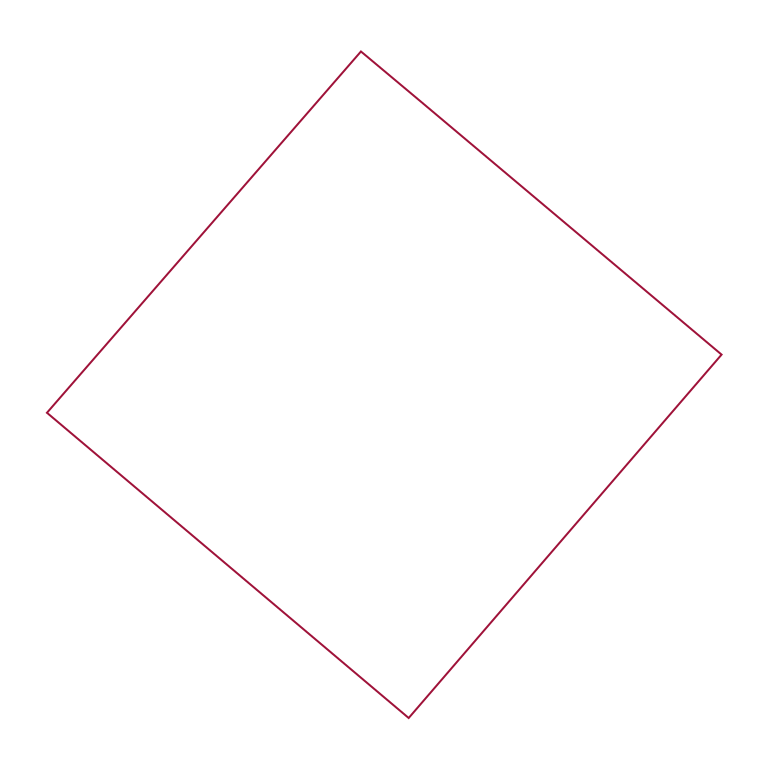 Howard, Texas, United States of America, rotated 220°
{"feature_id": "52423323B44641171264537", "entity_name": "Howard", "entity_type": "district", "adm_level": 2, "iso_a3": "USA", "parent_name": "United States of America", "parent_adm1": "Texas", "projection": "robinson", "projection_center": [-101.45, 32.306], "detail": "fine", "context": "isolated", "style": "outline", "palette": "rose", "viewbox_px": 768, "rotation_deg": 220, "n_neighbors": 0, "source": "geoboundaries", "source_scale": "gbopen_adm2", "svg_char_len": 238}
<svg xmlns="http://www.w3.org/2000/svg" viewBox="0 0 768 768"><g transform="rotate(220 384 384)"><path d="M144.3,623.5L541.5,624.0L615.4,623.9L623.7,145.3L150.4,144.0L144.3,623.5Z" fill="none" stroke="#9f1239" stroke-width="2"/></g></svg>